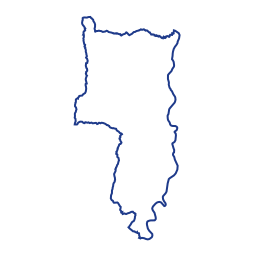 outline of Guaduas, Cundinamarca, Colombia, rotated 179°
{"feature_id": "7082276B20706046366755", "entity_name": "Guaduas", "entity_type": "district", "adm_level": 2, "iso_a3": "COL", "parent_name": "Colombia", "parent_adm1": "Cundinamarca", "projection": "orthographic", "projection_center": [-74.64, 5.204], "detail": "fine", "context": "isolated", "style": "outline", "palette": "blue", "viewbox_px": 256, "rotation_deg": 179, "n_neighbors": 0, "source": "geoboundaries", "source_scale": "gbopen_adm2", "svg_char_len": 5879}
<svg xmlns="http://www.w3.org/2000/svg" viewBox="0 0 256 256"><g transform="rotate(179 128 128)"><path d="M79.0,89.4L81.7,95.6L82.3,98.3L83.3,99.9L83.5,100.6L83.3,101.7L82.9,102.5L82.4,102.8L82.2,105.2L82.8,106.9L84.0,111.3L83.7,112.0L81.8,113.2L80.8,114.9L80.2,119.9L80.4,121.6L81.4,122.9L81.5,123.3L81.1,123.8L79.6,124.8L79.2,125.4L78.8,126.7L78.8,127.7L79.3,128.4L80.5,129.1L83.7,129.3L84.8,129.7L85.3,130.2L85.7,130.7L86.3,132.9L87.5,134.7L87.9,135.6L88.1,137.0L88.2,139.3L88.1,139.9L87.3,141.3L86.5,145.9L86.0,146.8L81.0,152.5L80.5,153.5L80.0,155.4L80.2,157.6L80.5,158.5L82.1,161.0L83.4,164.0L84.6,165.4L84.8,166.3L85.7,167.5L85.9,168.2L86.5,170.8L86.3,172.3L86.4,173.3L87.2,176.3L87.1,180.2L86.3,181.3L83.6,184.1L82.5,186.5L81.0,188.6L80.8,190.0L81.2,193.3L81.9,194.8L82.8,196.0L82.2,199.2L82.0,201.7L81.7,203.5L80.9,206.2L79.6,208.5L78.4,209.9L77.1,211.9L76.8,213.6L75.4,216.6L74.8,220.0L75.6,221.9L78.4,223.9L79.4,224.5L80.4,224.8L80.5,223.4L81.1,222.4L80.8,222.1L80.7,221.7L81.5,221.3L81.8,221.9L82.2,222.0L82.4,220.3L84.2,220.5L84.6,220.0L84.8,218.8L85.3,218.4L86.1,218.7L86.6,219.2L87.4,219.2L88.7,218.7L88.6,218.3L89.1,218.1L88.9,217.6L89.3,217.3L89.8,217.4L89.9,218.1L90.2,218.0L90.5,218.3L90.7,217.7L91.0,217.6L91.1,217.9L91.5,217.2L92.0,217.7L92.6,217.5L92.8,217.9L93.4,218.0L94.0,218.8L94.7,218.9L94.9,219.4L96.0,218.9L96.5,219.6L96.8,219.4L97.8,219.5L98.0,220.2L98.5,220.1L98.9,219.6L99.9,220.0L100.0,220.7L100.7,221.0L101.7,221.2L102.2,220.9L103.2,221.1L103.3,221.5L104.3,222.6L104.4,223.1L105.4,223.4L106.2,224.3L106.9,224.7L107.1,225.1L108.2,225.3L108.8,225.1L109.1,225.6L109.7,225.7L110.4,226.4L112.3,225.9L112.7,226.2L113.5,226.4L114.3,225.8L115.0,225.7L115.3,225.3L117.9,224.8L119.1,224.0L120.6,223.8L122.4,222.1L125.0,220.8L125.8,221.4L126.3,222.1L127.8,223.6L128.3,223.5L128.9,222.6L129.8,222.1L131.1,221.8L133.0,220.6L133.5,220.8L133.4,221.4L134.0,221.9L134.3,221.7L134.7,222.0L135.6,222.1L137.5,223.0L137.8,222.8L137.6,222.5L138.4,222.5L139.0,222.9L140.3,222.6L140.9,223.1L141.7,223.1L142.5,223.6L145.7,224.3L146.8,225.3L147.7,225.6L149.0,224.9L151.5,224.5L153.2,225.4L154.4,225.5L154.8,225.7L155.7,225.8L156.5,225.5L157.8,225.5L159.0,224.9L159.2,225.0L159.2,226.1L159.7,227.9L159.2,229.7L159.1,232.1L159.7,233.9L160.7,235.4L161.0,237.0L161.7,237.4L162.4,238.4L163.2,238.8L163.7,239.7L165.8,239.6L167.1,239.1L169.7,239.3L170.9,239.1L171.4,238.7L171.4,236.6L171.7,236.2L172.1,233.9L171.9,232.8L171.2,231.5L170.3,230.5L169.1,228.4L169.4,228.3L169.6,227.9L169.1,226.6L169.8,225.7L170.5,225.4L170.8,224.6L170.8,222.8L171.1,222.2L170.6,222.2L170.5,221.2L170.6,219.5L171.1,218.3L170.8,216.9L171.0,216.3L170.3,212.7L169.4,211.9L169.6,211.1L169.9,210.9L170.1,210.1L169.3,209.3L169.5,208.4L169.0,207.6L168.8,205.9L168.9,205.0L168.4,203.4L168.3,201.9L168.0,201.4L167.9,200.3L168.7,199.2L168.4,198.6L167.7,198.0L167.1,195.7L167.4,195.2L167.6,193.8L167.9,193.6L168.8,193.5L169.1,190.9L168.5,188.6L168.0,188.1L167.8,187.0L167.8,185.9L169.0,184.6L168.8,183.8L169.2,183.1L168.8,181.9L168.1,181.0L168.5,180.5L169.3,178.2L169.4,177.0L168.5,173.2L169.4,173.0L169.6,172.7L169.6,171.0L169.3,170.2L169.1,168.0L169.6,165.1L170.3,163.7L172.4,162.4L173.1,161.3L176.1,160.9L176.6,159.9L177.4,159.2L177.5,158.3L178.0,158.5L178.9,158.1L179.6,157.4L179.7,154.8L180.2,154.0L180.1,153.5L180.5,152.4L180.6,150.7L179.6,149.3L179.2,147.4L179.7,146.3L179.9,145.1L180.7,143.8L180.9,143.0L180.8,140.8L181.1,139.2L180.4,138.2L180.2,135.8L181.0,133.7L181.2,132.5L179.0,132.4L178.4,132.9L178.1,133.7L177.5,134.3L176.3,135.0L175.3,135.2L173.6,135.0L173.0,134.3L171.8,133.6L171.3,133.6L170.8,134.4L170.4,134.5L168.4,134.0L167.3,134.3L166.4,133.6L164.3,134.0L163.2,133.3L160.0,133.7L159.6,133.5L158.8,132.5L158.1,132.7L157.0,133.7L156.6,133.7L155.5,133.2L154.5,133.7L153.0,133.5L151.1,132.8L149.7,131.9L149.1,131.3L148.2,131.3L147.5,130.6L146.8,130.4L146.2,129.2L145.5,128.7L143.4,128.0L142.4,128.1L141.9,127.8L139.9,127.4L139.3,125.8L137.2,124.4L136.3,123.2L134.7,122.6L134.2,122.1L134.1,121.9L135.1,121.3L136.1,120.0L135.7,119.2L136.2,118.1L136.7,117.8L136.6,117.1L136.1,116.5L135.6,114.8L134.9,113.9L134.8,113.4L135.7,112.2L136.7,112.0L137.2,111.4L137.3,110.7L138.8,107.9L138.5,107.4L139.0,106.6L139.1,105.9L139.4,105.1L140.0,104.6L139.7,103.3L140.2,103.0L140.2,102.2L139.1,101.5L139.2,99.3L138.0,98.2L137.6,95.6L138.0,95.0L138.7,92.2L139.6,91.0L140.0,89.5L140.7,88.7L140.9,87.4L141.4,87.0L141.1,86.2L141.2,85.2L142.7,82.2L142.4,80.0L142.0,78.7L141.8,76.3L142.1,75.8L142.2,74.6L143.4,72.9L143.7,71.8L143.9,70.1L144.4,68.6L144.5,67.4L145.1,65.9L145.2,63.1L146.1,61.0L146.4,57.8L145.5,56.1L144.7,55.7L144.2,55.2L143.9,54.2L143.5,53.6L143.0,53.5L139.9,53.7L139.2,53.1L137.5,50.1L136.7,49.3L136.8,48.2L137.3,46.3L136.3,45.0L136.3,44.2L135.9,44.2L136.1,44.0L135.9,43.7L136.0,43.4L135.8,43.3L135.6,43.5L135.1,43.1L135.0,42.7L134.3,42.7L134.4,42.2L133.0,42.6L131.5,42.0L131.0,42.1L130.1,42.6L127.9,43.2L126.1,44.1L124.9,44.2L124.6,44.2L123.8,43.1L122.8,42.8L122.6,42.4L122.1,42.1L122.3,41.5L122.0,40.9L122.1,40.5L122.6,39.3L122.7,37.8L123.4,35.6L124.0,34.7L124.6,34.5L125.3,34.1L126.5,32.5L126.9,31.6L128.1,30.1L128.5,29.2L129.2,28.7L128.4,27.7L124.7,24.6L123.2,24.5L122.4,23.7L121.2,23.5L120.9,23.2L120.6,23.6L120.3,22.8L118.8,22.5L118.7,20.4L118.2,19.3L118.8,18.0L117.9,17.8L118.2,16.8L117.6,17.5L116.0,17.9L114.0,17.6L111.9,16.7L110.2,16.3L109.1,16.5L108.3,16.8L106.2,18.3L105.9,18.8L105.5,19.9L105.6,21.6L108.6,24.9L109.9,27.1L110.7,30.8L110.8,32.2L110.4,33.8L110.0,34.3L108.2,35.0L106.9,35.2L103.0,35.2L102.6,35.5L101.9,36.4L101.8,37.1L101.9,38.4L103.0,42.8L104.6,45.2L105.2,46.9L104.9,48.1L104.3,49.2L101.8,51.9L100.1,53.1L98.5,53.5L97.5,53.5L96.1,52.9L93.1,49.3L92.5,49.4L91.8,50.1L91.6,51.0L91.8,52.0L93.4,54.4L94.2,56.3L94.4,58.4L94.0,59.4L91.6,62.0L90.6,63.7L89.3,71.9L88.1,76.2L87.1,77.1L82.9,79.8L81.1,81.8L79.4,85.5L79.0,89.4Z" fill="none" stroke="#1e3a8a" stroke-width="2"/></g></svg>